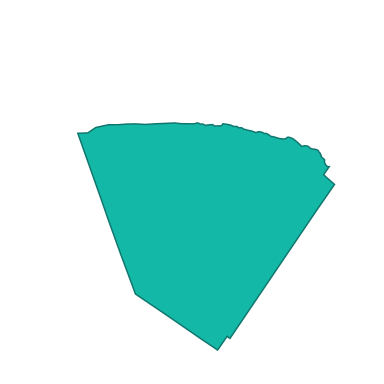 St. Lawrence, New York, United States of America, rotated 41°
{"feature_id": "52423323B93912655119641", "entity_name": "St. Lawrence", "entity_type": "district", "adm_level": 2, "iso_a3": "USA", "parent_name": "United States of America", "parent_adm1": "New York", "projection": "natural_earth1", "projection_center": [-75.114, 44.533], "detail": "fine", "context": "isolated", "style": "filled", "palette": "teal", "viewbox_px": 384, "rotation_deg": 41, "n_neighbors": 0, "source": "geoboundaries", "source_scale": "gbopen_adm2", "svg_char_len": 1115}
<svg xmlns="http://www.w3.org/2000/svg" viewBox="0 0 384 384"><g transform="rotate(41 192 192)"><path d="M196.2,295.1L216.3,306.1L255.3,301.4L271.4,299.6L293.7,297.1L315.0,294.5L313.2,277.9L316.7,277.6L298.2,125.3L294.6,92.8L280.0,92.7L278.9,82.9L277.9,83.9L275.5,83.9L272.6,82.8L271.0,80.7L266.4,80.6L265.3,79.5L264.1,79.1L262.7,78.5L261.5,78.6L260.2,77.9L258.7,78.2L256.5,79.2L255.0,80.4L253.6,81.0L252.4,81.4L250.8,81.3L248.8,81.6L246.4,83.4L245.0,85.6L239.2,85.3L237.8,85.3L233.0,85.6L229.3,87.0L228.0,88.3L228.0,89.7L226.9,91.5L222.9,94.3L216.7,97.1L215.6,98.1L209.9,98.9L208.3,100.3L205.6,101.0L202.9,102.5L201.3,105.2L197.1,106.8L192.8,109.2L191.3,109.7L190.1,110.6L187.2,111.0L185.3,112.8L182.9,113.1L180.3,115.3L177.9,115.9L175.1,117.3L170.6,120.2L170.8,122.7L165.7,127.4L163.3,127.6L159.6,131.4L158.5,132.9L155.7,133.6L153.9,135.1L150.8,136.2L148.9,139.2L138.8,147.7L133.6,151.3L119.6,164.6L112.6,171.5L104.3,178.0L97.9,183.8L92.2,189.6L84.9,196.0L77.1,206.4L74.6,215.8L67.3,222.6L132.7,259.6L144.6,266.5L150.7,269.9L179.1,285.8L196.2,295.1Z" fill="#14b8a6" stroke="#0f766e" stroke-width="1.5"/></g></svg>